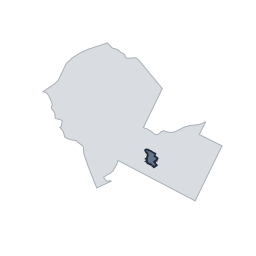 location of El Chal, Petén, Guatemala, rotated 116°
{"feature_id": "79465075B2800048141456", "entity_name": "El Chal", "entity_type": "district", "adm_level": 2, "iso_a3": "GTM", "parent_name": "Guatemala", "parent_adm1": "Petén", "projection": "equal_earth", "projection_center": [-89.714, 16.515], "detail": "fine", "context": "in_parent", "style": "filled", "palette": "slate", "viewbox_px": 256, "rotation_deg": 116, "n_neighbors": 0, "source": "geoboundaries", "source_scale": "gbopen_adm2", "svg_char_len": 3969}
<svg xmlns="http://www.w3.org/2000/svg" viewBox="0 0 256 256"><g transform="rotate(116 128 128)"><path d="M60.4,183.6L61.3,182.4L62.1,179.7L63.0,177.0L62.4,173.8L62.1,171.2L63.2,167.4L63.1,164.6L63.6,162.9L65.1,161.7L65.9,159.6L61.6,152.2L61.6,150.5L62.2,148.4L65.7,140.5L70.0,131.1L74.7,120.7L77.5,114.5L87.7,114.4L94.4,114.4L103.0,114.4L112.3,114.4L118.4,114.4L120.9,114.3L120.5,110.3L120.8,105.8L121.9,101.7L121.9,99.9L120.1,97.8L116.6,96.5L114.6,94.5L114.6,92.1L113.8,89.1L112.1,85.6L108.5,82.1L103.2,78.4L98.6,73.5L94.9,67.4L91.7,63.4L89.2,61.8L88.7,60.9L95.8,61.0L102.6,61.1L102.7,52.3L102.8,44.5L102.8,35.6L115.1,35.7L129.8,35.7L145.1,35.7L157.0,35.7L164.1,35.7L163.8,46.6L163.4,59.3L163.1,68.6L162.8,81.1L162.4,93.8L161.9,111.2L161.6,122.4L161.8,122.7L165.8,122.1L171.7,122.6L173.2,122.6L175.0,123.6L176.4,123.9L179.4,126.4L183.0,128.3L185.2,124.4L184.0,122.1L183.1,120.9L183.3,119.9L195.6,129.9L194.1,131.4L191.0,135.0L185.3,141.1L180.3,146.6L175.4,151.6L170.9,156.0L170.4,156.5L164.8,159.7L163.9,161.1L162.7,167.5L162.1,169.0L163.2,172.5L164.2,178.0L163.9,180.8L160.0,184.3L158.2,187.4L157.4,189.5L156.7,188.9L155.5,188.8L152.7,189.6L151.4,189.7L150.3,190.6L150.2,192.6L150.9,195.8L151.2,197.4L150.4,198.2L147.0,200.1L145.6,201.9L144.4,204.9L142.9,206.1L141.3,205.9L140.2,206.3L137.8,208.5L134.3,212.7L132.3,215.9L132.3,218.2L132.7,220.4L119.7,212.9L115.4,211.6L97.1,211.8L89.3,208.8L80.4,203.1L74.4,198.0L60.4,183.6Z" fill="#d9dde1" stroke="#a8b0b8" stroke-width="1"/><path d="M151.3,88.4L151.5,88.2L151.8,88.2L151.9,87.9L152.1,87.6L151.5,87.3L151.4,87.1L151.1,87.1L150.9,86.9L150.9,86.7L150.5,86.4L150.3,86.7L150.2,86.8L150.0,86.6L149.9,86.5L149.8,86.4L149.7,86.6L149.3,86.4L149.2,86.4L149.1,86.0L149.0,85.9L148.9,86.0L148.7,85.8L148.6,86.1L148.5,86.5L148.4,86.4L147.8,87.8L147.8,88.0L147.7,88.0L147.6,88.3L147.5,88.5L147.3,88.7L147.3,88.9L147.1,88.8L147.0,89.2L146.9,89.1L146.6,89.3L146.5,89.2L146.4,89.5L146.2,89.3L145.9,89.4L145.4,88.9L145.4,88.3L144.9,87.8L144.8,88.0L144.7,88.0L144.5,88.3L144.2,88.4L144.1,88.5L143.8,88.6L143.7,88.7L143.4,88.5L143.4,88.4L143.3,88.2L143.2,88.0L142.9,88.2L142.8,88.3L142.7,88.4L142.4,88.4L142.2,88.3L142.1,88.2L141.9,88.8L141.8,89.6L141.7,89.6L141.6,90.3L141.6,91.1L141.9,91.1L141.9,91.6L141.6,91.5L141.5,91.9L140.9,91.9L140.7,91.9L139.2,91.9L139.0,92.1L139.1,92.5L139.2,92.8L138.9,92.8L138.9,93.1L139.2,93.1L139.2,93.5L138.6,97.0L138.8,97.1L138.7,97.2L138.6,100.0L138.8,99.9L138.8,99.7L139.1,99.3L139.1,99.2L139.2,99.3L139.1,101.5L139.1,101.4L138.9,102.0L139.7,102.8L139.9,102.7L139.9,102.8L140.0,102.8L140.0,102.7L140.3,102.7L140.4,102.8L140.5,102.9L140.7,102.6L140.8,102.5L140.9,102.4L141.0,102.4L141.1,102.2L141.3,102.1L141.3,101.9L141.5,101.8L141.5,101.6L141.7,101.4L141.8,101.3L141.9,101.2L141.9,100.8L142.0,100.8L142.0,100.7L142.1,100.3L142.2,100.2L142.0,99.9L142.1,99.7L142.2,99.8L142.2,99.7L142.2,99.4L142.2,99.5L142.2,99.4L142.3,99.4L142.3,99.2L142.5,99.2L142.8,99.2L143.0,99.0L143.0,98.9L143.2,98.7L143.3,98.7L143.5,98.4L143.8,98.3L143.9,98.2L144.0,98.3L144.2,98.0L144.3,98.0L144.6,97.9L144.6,98.0L144.7,97.9L144.9,97.9L145.0,98.0L145.3,98.2L145.5,98.2L145.8,98.2L146.0,98.1L146.2,97.9L146.2,98.0L146.3,98.0L146.4,97.9L146.5,98.0L146.6,97.9L146.8,97.9L147.0,97.9L147.2,98.0L147.3,98.1L147.5,98.2L147.5,98.3L147.7,98.5L147.8,98.6L147.9,98.8L148.0,98.8L148.0,96.5L148.1,96.8L148.1,97.0L148.3,97.0L148.5,97.0L148.5,96.9L148.6,96.7L148.8,96.6L148.8,96.8L148.8,97.0L148.7,97.0L148.8,97.0L149.0,97.0L149.2,96.9L149.3,96.8L149.3,96.7L149.5,96.6L149.8,96.7L150.0,96.8L150.0,97.0L149.9,97.0L150.0,97.0L149.9,97.1L150.0,97.2L150.1,97.3L150.1,95.7L150.2,95.2L150.4,95.1L150.6,95.2L150.8,95.2L150.9,95.3L151.1,95.2L151.0,94.8L151.3,94.6L151.3,94.4L151.1,94.1L150.9,93.9L150.9,93.7L151.0,93.4L151.2,93.0L151.2,91.8L150.8,91.8L150.9,91.7L150.7,91.6L150.7,91.4L150.6,91.2L150.5,90.9L150.7,90.6L150.8,90.4L151.3,89.9L151.6,89.5L151.5,88.9L151.4,88.6L151.3,88.4Z" fill="#64748b" stroke="#1e293b" stroke-width="1.5"/></g></svg>